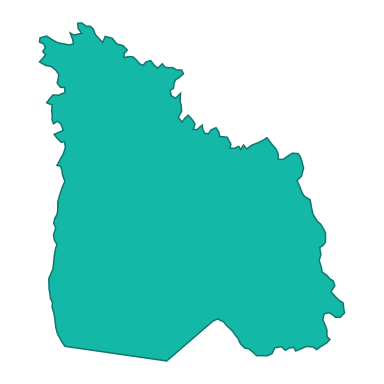 Campina do Simão, Paraná, Brazil
{"feature_id": "56859067B97439184576762", "entity_name": "Campina do Simão", "entity_type": "district", "adm_level": 2, "iso_a3": "BRA", "parent_name": "Brazil", "parent_adm1": "Paraná", "projection": "robinson", "projection_center": [-51.78, -25.111], "detail": "fine", "context": "isolated", "style": "filled", "palette": "teal", "viewbox_px": 384, "rotation_deg": 0, "n_neighbors": 0, "source": "geoboundaries", "source_scale": "gbopen_adm2", "svg_char_len": 2725}
<svg xmlns="http://www.w3.org/2000/svg" viewBox="0 0 384 384"><path d="M183.5,73.8L181.6,70.0L176.6,70.0L172.9,67.6L168.5,67.7L165.1,67.3L162.3,63.8L157.6,68.2L153.9,64.9L150.7,60.6L145.9,61.9L143.1,65.4L139.6,63.8L136.2,59.8L133.2,57.0L129.0,56.5L124.1,57.6L124.1,53.6L127.3,50.0L122.9,45.5L116.7,43.9L112.3,38.3L105.2,36.4L102.8,42.4L97.9,37.5L95.3,34.5L93.2,28.9L90.1,26.2L86.6,26.4L81.7,23.0L77.7,23.2L78.2,28.6L81.7,33.3L74.0,35.1L70.2,33.0L72.7,39.6L73.4,43.9L69.1,44.9L63.9,43.9L57.6,42.7L51.8,39.5L46.6,36.0L40.0,37.9L39.5,42.1L43.6,43.8L45.3,47.9L42.7,51.4L45.6,55.0L39.5,61.9L45.5,65.4L51.2,66.5L55.7,70.0L58.9,74.7L57.2,83.0L60.3,87.3L64.6,87.5L65.0,92.4L58.5,95.2L52.9,95.0L49.6,98.8L46.7,102.8L52.2,105.0L51.6,110.9L52.2,114.9L52.0,119.7L53.5,123.8L57.2,121.3L60.7,123.6L63.3,130.3L59.8,131.9L54.1,134.4L57.2,138.3L61.1,142.2L64.5,141.8L65.4,147.4L63.4,153.7L60.0,159.8L57.0,165.4L60.6,166.2L62.0,170.8L62.6,175.3L64.9,181.2L62.3,187.2L59.4,196.0L57.8,202.2L57.8,208.6L57.2,214.1L54.7,218.6L53.7,223.4L55.7,227.7L53.5,235.1L54.4,240.2L56.9,244.4L55.5,248.9L54.4,255.1L53.0,268.8L51.0,273.4L48.7,278.8L49.0,284.4L49.0,288.9L49.8,293.1L50.5,298.5L52.4,302.4L52.1,307.3L53.9,313.2L54.8,318.4L55.8,327.5L57.4,333.5L61.9,341.9L64.9,346.3L166.7,361.0L213.0,321.0L217.7,319.0L223.8,322.0L226.4,325.3L232.7,331.3L235.1,335.0L237.8,338.0L240.4,343.7L244.6,348.0L248.9,348.9L252.0,351.4L256.7,355.7L260.2,355.6L267.3,355.8L272.1,353.5L274.8,347.8L281.4,346.7L285.4,350.3L289.0,348.0L293.8,347.4L295.7,351.0L299.3,349.5L306.4,346.5L313.2,346.9L316.7,349.7L320.1,347.0L326.6,343.0L329.9,339.5L327.0,336.5L326.9,329.8L324.7,323.9L322.7,319.8L324.2,313.8L329.0,312.7L332.5,314.7L335.6,317.3L340.2,317.3L344.5,313.0L343.7,308.4L343.2,303.0L338.3,299.6L334.6,295.8L330.9,291.7L334.8,285.8L333.1,280.9L329.6,278.6L326.8,275.3L322.2,272.1L321.4,267.5L319.2,260.5L320.9,254.5L319.7,247.6L323.3,245.2L325.5,242.0L325.5,233.1L323.5,228.8L320.7,224.2L317.1,221.0L312.9,214.0L311.2,206.0L310.2,199.8L304.7,196.6L302.3,193.3L300.7,189.0L297.1,180.5L301.5,176.1L303.6,168.0L301.9,161.7L300.4,156.8L298.1,153.6L292.4,153.2L287.2,156.5L283.1,159.4L278.3,159.3L278.1,153.9L276.0,149.1L271.6,143.9L266.9,137.7L262.4,140.7L257.9,142.8L251.7,145.2L246.7,148.9L243.5,145.0L240.8,149.6L238.7,146.3L234.5,148.3L230.0,148.2L230.9,144.2L227.2,137.3L223.6,136.8L219.8,136.4L218.8,132.1L216.0,127.7L211.0,129.9L208.4,133.8L204.7,133.2L202.8,129.3L202.2,125.1L196.9,129.7L193.2,129.3L195.0,124.0L191.9,119.3L188.2,115.2L184.8,118.2L182.2,122.1L178.3,117.3L181.6,111.2L181.2,105.2L180.1,101.4L180.5,93.4L175.6,98.3L171.2,95.7L170.3,90.3L173.6,88.1L174.0,83.3L175.6,79.9L179.4,77.3L183.5,73.8Z" fill="#14b8a6" stroke="#0f766e" stroke-width="1.5"/></svg>